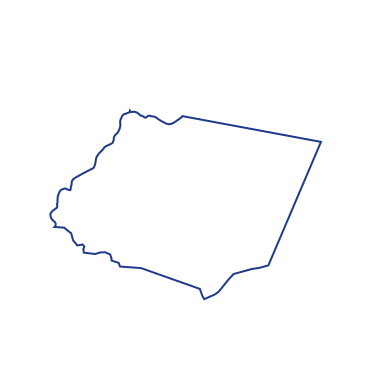 the district of Motete, Choiseul, Saint Lucia, rotated 61°
{"feature_id": "8701671B26969099511197", "entity_name": "Motete", "entity_type": "district", "adm_level": 2, "iso_a3": "LCA", "parent_name": "Saint Lucia", "parent_adm1": "Choiseul", "projection": "orthographic", "projection_center": [-61.026, 13.814], "detail": "fine", "context": "isolated", "style": "outline", "palette": "blue", "viewbox_px": 384, "rotation_deg": 61, "n_neighbors": 0, "source": "geoboundaries", "source_scale": "gbopen_adm2", "svg_char_len": 6093}
<svg xmlns="http://www.w3.org/2000/svg" viewBox="0 0 384 384"><g transform="rotate(61 192 192)"><path d="M210.7,54.9L121.0,163.6L121.5,164.9L121.6,165.4L121.6,165.8L121.7,166.2L121.8,166.6L121.9,167.3L122.0,167.9L122.0,168.3L122.0,168.7L122.1,169.1L122.1,169.5L122.2,170.0L122.2,170.6L122.3,171.1L122.4,171.5L122.4,172.1L122.5,172.8L122.5,173.5L122.5,174.1L122.5,174.5L122.5,174.9L122.5,175.2L122.5,175.6L122.5,176.0L122.5,176.4L122.4,176.7L122.3,177.1L122.2,177.5L122.1,177.8L122.0,178.1L121.7,178.8L121.5,179.2L121.3,179.6L121.0,179.9L120.5,180.6L120.2,180.9L119.6,181.4L119.3,181.7L119.1,181.8L118.5,182.2L118.1,182.4L117.5,182.8L117.2,183.0L116.9,183.2L116.2,183.7L115.8,184.0L115.4,184.2L114.8,184.6L114.5,184.8L114.2,184.9L113.9,185.1L113.5,185.3L113.2,185.5L112.8,185.7L112.6,185.8L112.1,186.1L111.3,186.5L111.0,186.6L110.6,186.7L110.2,186.9L109.8,187.1L109.5,187.3L109.1,187.5L108.9,187.7L108.5,188.0L108.2,188.1L107.9,188.4L107.6,188.8L107.1,189.4L106.9,189.7L106.7,190.0L106.5,190.3L106.2,190.7L106.0,191.0L105.7,191.3L105.4,191.5L105.1,191.8L104.9,192.1L104.6,192.4L104.5,192.7L104.3,192.9L104.2,193.3L104.2,193.7L104.2,194.3L104.2,194.6L104.3,195.0L104.5,195.4L104.5,195.8L104.5,196.3L104.4,196.7L104.1,197.1L103.9,197.4L103.6,197.6L103.3,197.7L102.9,197.6L102.6,197.7L102.3,197.9L102.0,198.2L101.7,198.5L101.3,198.9L101.0,199.2L100.7,199.4L100.5,199.6L100.3,199.7L99.9,200.0L99.7,200.1L99.4,200.2L99.0,200.3L98.7,200.4L98.3,200.6L97.9,200.7L97.5,200.8L97.1,201.0L96.7,201.2L96.0,201.6L95.4,202.0L94.9,202.5L94.6,202.7L94.3,203.1L94.0,203.4L93.8,203.8L93.6,204.1L93.4,204.4L93.2,204.8L93.1,205.2L92.9,205.6L92.8,205.9L92.6,206.3L92.5,206.6L90.8,206.9L91.9,207.8L91.4,212.3L90.9,213.5L91.0,214.0L91.1,214.8L91.2,215.1L91.4,215.5L91.5,215.9L91.7,216.2L91.9,216.6L92.1,216.9L92.3,217.1L92.5,217.4L92.8,217.7L93.0,218.0L93.3,218.3L93.7,219.0L94.1,219.4L94.4,219.7L94.6,219.9L95.2,220.4L95.6,220.8L96.0,221.0L96.4,221.2L97.1,221.5L97.5,221.6L98.2,221.8L98.5,222.1L98.8,222.3L99.1,222.5L99.3,222.7L99.9,223.1L100.2,223.4L100.8,223.9L101.1,224.2L101.4,224.5L101.6,224.8L102.0,225.0L102.2,225.3L102.4,225.7L102.6,226.0L102.8,226.3L103.4,227.0L103.6,227.3L103.8,227.6L104.0,227.9L104.1,228.3L104.2,228.7L104.3,229.0L104.4,229.4L104.5,229.9L104.7,230.2L104.8,231.0L105.0,231.6L105.1,232.0L105.4,232.4L105.7,233.0L106.0,233.3L106.3,233.6L106.9,234.3L107.3,234.5L107.6,234.7L107.9,234.8L108.2,235.1L108.5,235.3L108.8,235.6L109.1,235.8L109.3,236.1L109.7,236.7L110.0,237.0L110.3,237.2L110.4,237.5L110.5,237.9L110.6,238.4L110.6,238.7L110.6,239.1L110.6,239.5L110.6,239.9L110.5,240.3L110.5,240.7L110.5,241.0L110.5,241.4L110.5,241.8L110.5,242.2L110.4,242.5L110.4,243.0L110.4,243.7L110.3,244.1L110.3,244.5L110.3,245.0L110.3,245.4L110.3,246.4L110.3,246.7L110.5,247.0L110.7,247.4L110.9,247.8L111.0,248.1L111.2,248.5L111.4,248.8L111.5,249.1L111.7,249.5L111.8,249.9L111.9,250.2L112.1,250.6L112.2,251.3L112.3,251.7L112.4,252.1L112.5,252.5L112.6,252.8L112.7,253.2L112.8,253.5L113.1,254.2L113.1,254.6L113.3,254.9L113.5,255.3L113.8,255.9L113.9,256.2L114.1,256.6L114.3,257.0L114.5,257.3L114.6,257.6L114.9,258.0L115.0,258.3L115.3,258.6L115.4,258.8L115.7,259.1L115.9,259.4L116.2,259.6L116.5,259.9L116.8,260.1L117.2,260.3L117.5,260.6L117.7,260.8L118.1,261.1L119.1,261.9L119.4,262.1L119.7,262.4L120.0,262.6L120.2,262.8L120.5,263.1L120.8,263.4L121.0,263.7L121.3,263.9L121.8,264.5L122.1,264.8L122.4,265.2L122.6,265.4L122.8,265.8L123.0,266.2L123.2,266.9L123.3,267.3L123.3,267.8L123.3,268.2L123.2,268.9L123.2,269.5L123.2,269.8L123.1,270.2L123.1,270.6L123.1,271.2L123.1,271.7L123.1,272.1L123.1,272.4L123.0,272.8L123.0,273.9L123.0,274.2L123.0,274.6L123.0,274.9L123.0,277.0L122.9,277.3L122.9,277.6L122.9,278.0L122.9,278.9L122.9,279.2L122.9,282.8L122.9,283.6L122.9,285.4L122.9,285.8L122.9,286.3L122.9,287.0L122.9,287.3L123.0,287.8L123.0,288.3L123.1,288.7L123.3,289.5L123.3,289.8L123.5,290.2L123.6,290.5L123.8,291.0L124.0,291.4L124.3,291.7L124.6,292.0L125.0,292.3L125.3,292.6L125.6,292.8L126.5,293.4L126.9,293.6L127.2,293.9L127.5,294.1L127.8,294.4L128.3,294.8L128.6,295.2L128.9,295.5L129.3,295.8L129.5,296.0L129.8,296.1L130.1,296.3L130.3,296.5L130.6,296.7L130.9,297.0L131.2,297.2L131.3,297.5L131.3,297.8L131.1,298.1L130.9,298.3L130.6,298.6L130.3,298.8L129.8,299.3L129.4,299.7L128.7,300.2L128.4,300.5L128.0,300.8L127.7,301.0L127.4,301.3L127.2,301.7L127.1,302.1L127.0,302.5L127.0,302.9L127.0,303.2L126.9,303.6L126.8,303.9L126.7,304.3L126.7,304.6L126.6,305.0L126.6,305.3L126.7,305.7L126.8,306.1L126.9,306.4L127.1,306.8L127.3,307.1L127.5,307.4L127.7,307.8L127.9,308.1L128.1,308.4L128.4,308.7L128.6,309.0L128.9,309.3L129.1,309.6L129.3,309.9L129.5,310.1L129.7,310.4L129.9,310.8L130.2,311.1L130.5,311.3L130.8,311.5L131.2,311.7L131.6,312.0L131.9,312.2L132.1,312.5L132.5,312.7L132.9,312.9L133.1,313.1L133.7,313.4L134.0,313.7L134.3,313.8L134.6,313.9L134.9,314.1L135.2,314.3L135.5,314.4L135.9,314.6L136.2,314.9L136.5,315.2L136.7,315.4L137.2,316.0L137.6,316.2L138.0,316.3L138.7,316.6L139.4,316.9L139.7,317.1L139.9,317.4L140.1,317.7L140.3,318.0L140.3,318.4L140.3,318.8L140.4,319.2L140.4,319.6L140.5,320.0L140.5,320.3L140.6,320.7L140.6,321.1L140.7,321.5L140.7,321.8L140.8,322.2L140.9,322.5L140.9,323.1L141.0,323.4L141.1,323.8L141.2,324.1L141.3,324.5L141.5,324.8L141.7,325.0L141.9,325.3L142.0,325.6L142.2,326.1L142.4,326.4L142.7,326.6L143.0,326.8L143.4,327.0L143.7,327.1L144.1,327.2L144.5,327.4L144.9,327.5L145.3,327.6L145.6,327.6L146.0,327.7L146.5,327.7L146.9,327.7L147.3,327.8L147.8,327.8L148.2,327.8L148.5,327.7L148.8,327.6L149.2,327.4L150.0,327.2L151.1,326.8L151.5,326.7L151.9,326.5L152.7,326.5L153.1,326.5L153.5,326.6L153.8,326.7L154.2,326.9L154.5,327.1L154.8,327.3L155.1,327.6L155.5,328.0L155.7,328.3L155.9,328.6L156.0,329.1L161.2,321.1L165.6,319.4L169.5,317.7L176.6,319.4L183.2,318.2L184.9,313.1L187.6,312.6L189.3,314.8L192.6,316.0L199.2,306.9L200.3,301.8L202.5,297.3L206.9,293.9L210.7,294.5L212.9,295.6L218.4,290.5L222.3,291.1L233.8,273.5L280.6,232.1L287.7,233.3L291.6,233.3L292.7,222.0L292.1,216.9L286.1,202.1L283.9,195.3L288.3,177.2L291.0,169.8L293.2,160.8L210.7,54.9Z" fill="none" stroke="#1e3a8a" stroke-width="2"/></g></svg>